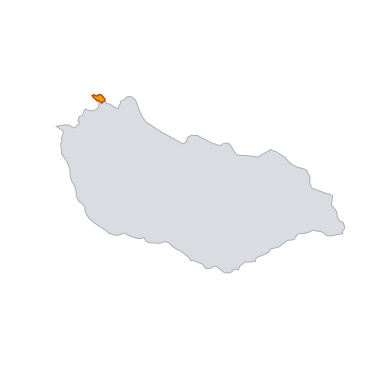 Hungary, with Sopron highlighted, rotated 32°
{"feature_id": "HUN-4904", "entity_name": "Sopron", "entity_type": "Urban county", "adm_level": 1, "iso_a3": "HUN", "parent_name": "Hungary", "parent_adm1": "", "projection": "natural_earth1", "projection_center": [16.553, 47.692], "detail": "fine", "context": "in_parent", "style": "filled", "palette": "amber", "viewbox_px": 384, "rotation_deg": 32, "n_neighbors": 0, "source": "natural_earth", "source_scale": "10m", "svg_char_len": 3054}
<svg xmlns="http://www.w3.org/2000/svg" viewBox="0 0 384 384"><g transform="rotate(32 192 192)"><path d="M308.3,121.3L312.5,120.8L313.7,121.2L314.5,123.8L314.6,124.0L315.6,125.7L316.6,128.0L318.2,129.7L321.4,130.4L325.7,132.5L328.6,136.5L332.8,138.2L333.1,138.3L333.9,138.1L336.9,137.9L337.5,138.7L339.9,140.7L340.9,142.4L340.4,144.2L340.9,146.3L341.9,147.0L340.8,148.4L333.3,155.4L330.3,157.2L328.3,157.6L325.1,156.9L321.8,157.4L319.0,158.9L316.3,159.4L314.3,161.2L311.8,165.0L308.6,168.2L305.4,170.2L303.7,172.0L303.7,178.1L301.9,179.9L299.5,181.7L298.2,183.3L294.7,192.6L291.9,195.7L289.3,198.0L288.9,200.1L289.0,202.5L286.1,207.3L282.2,212.3L281.5,214.4L282.4,217.2L278.7,220.3L276.5,221.9L274.7,222.6L273.6,224.6L271.8,229.5L272.3,231.7L272.4,233.7L269.2,234.8L268.3,237.0L267.5,239.8L266.2,241.0L262.6,243.3L253.5,242.3L250.1,243.1L249.1,244.7L248.9,246.0L247.8,247.2L245.8,248.8L243.7,249.5L239.0,247.6L228.9,249.5L227.1,250.9L225.7,249.9L223.5,249.0L213.4,247.9L209.4,248.8L204.0,248.4L199.1,247.4L195.4,248.2L192.2,252.1L190.6,253.4L189.3,254.2L186.5,255.4L184.2,256.9L181.1,257.9L178.3,257.8L175.7,256.1L174.7,256.5L173.9,258.0L172.5,259.3L168.6,260.9L167.6,260.9L167.4,260.9L164.4,262.1L159.4,262.7L156.9,262.3L152.5,267.6L151.1,268.6L146.8,270.2L143.3,271.0L140.2,270.4L139.0,270.3L125.6,270.0L118.6,268.9L114.1,266.8L111.1,264.5L109.6,261.9L106.2,260.3L100.7,259.8L96.4,257.2L93.3,252.7L89.2,249.1L84.0,246.4L79.8,242.6L76.8,237.8L71.3,233.4L63.3,229.6L60.9,228.7L60.5,227.5L56.6,222.6L54.9,220.9L55.1,218.5L54.3,217.1L52.9,216.2L52.2,212.7L51.7,210.2L50.6,208.5L42.1,208.2L49.2,202.0L52.8,200.3L56.8,200.6L58.2,200.1L58.5,199.2L59.2,197.2L59.5,195.3L59.9,193.5L59.5,192.5L57.5,192.2L56.5,187.8L57.6,186.2L58.6,185.0L57.3,179.7L57.7,177.9L60.9,177.6L63.5,176.5L65.7,175.2L66.3,173.6L68.0,170.2L66.4,166.1L57.2,163.4L56.8,162.4L58.9,161.2L61.2,159.6L62.5,158.3L64.3,158.1L66.8,158.8L71.2,161.7L72.9,162.2L74.5,161.3L76.3,161.1L81.2,161.2L85.3,160.5L84.4,157.4L84.4,155.1L83.7,153.2L84.1,151.2L85.8,149.7L86.2,146.1L88.8,143.7L90.0,143.4L94.6,143.8L95.6,144.5L96.3,144.6L103.6,150.4L110.4,154.8L116.0,157.0L124.2,157.2L133.0,157.4L147.6,156.6L158.6,156.1L159.3,155.0L160.9,152.4L159.6,150.1L159.6,147.5L161.4,144.1L166.8,141.2L182.3,140.0L191.2,137.9L192.5,135.0L195.4,132.1L198.1,131.5L201.8,132.8L206.3,135.4L210.2,136.7L212.5,135.8L220.2,131.6L229.2,127.5L235.3,116.3L235.9,114.5L242.6,113.2L252.4,113.4L257.5,114.9L261.3,115.7L267.0,115.4L275.1,113.0L278.2,113.0L280.6,114.8L283.2,116.2L284.9,118.0L286.3,120.6L287.0,121.5L288.2,122.8L290.3,124.6L292.3,125.1L307.4,122.0L308.3,121.3Z" fill="#d9dde1" stroke="#a8b0b8" stroke-width="1"/><path d="M63.2,157.9L65.1,158.1L68.6,159.3L69.2,159.6L69.4,160.1L69.6,160.7L69.8,161.1L68.5,162.6L68.7,163.9L68.4,164.4L65.9,163.9L64.2,163.9L62.8,164.9L60.7,164.2L59.4,164.4L57.0,163.5L56.2,163.1L56.5,162.7L57.2,161.8L57.5,161.5L57.8,161.8L58.0,162.0L58.5,161.8L59.0,161.4L60.8,160.6L61.2,160.3L61.4,159.8L61.3,159.1L61.6,158.5L63.2,157.9Z" fill="#f59e0b" stroke="#b45309" stroke-width="1.5"/></g></svg>